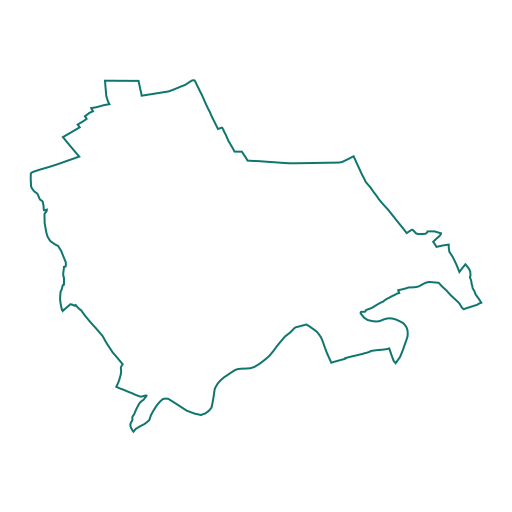 outline of Lunca Muresului, Alba, Romania
{"feature_id": "2599482B93074518356645", "entity_name": "Lunca Muresului", "entity_type": "district", "adm_level": 2, "iso_a3": "ROU", "parent_name": "Romania", "parent_adm1": "Alba", "projection": "orthographic", "projection_center": [23.92, 46.432], "detail": "fine", "context": "isolated", "style": "outline", "palette": "teal", "viewbox_px": 512, "rotation_deg": 0, "n_neighbors": 0, "source": "geoboundaries", "source_scale": "gbopen_adm2", "svg_char_len": 5961}
<svg xmlns="http://www.w3.org/2000/svg" viewBox="0 0 512 512"><path d="M133.4,431.7L135.8,428.9L140.0,426.3L144.2,424.2L147.3,421.9L149.4,419.9L151.0,415.0L153.6,410.4L156.6,405.6L159.5,402.1L162.6,399.2L164.8,398.6L168.2,398.8L171.6,400.9L179.1,405.7L186.8,410.7L194.6,413.6L200.9,415.0L205.4,413.4L209.0,410.7L211.5,407.6L212.6,402.5L213.7,396.0L214.7,389.2L215.7,386.9L218.1,383.0L220.7,380.2L224.2,377.2L227.0,375.4L230.7,372.8L235.5,369.8L238.3,369.0L242.8,368.6L245.5,368.6L250.6,368.2L254.4,366.9L259.1,364.1L262.9,361.3L267.0,358.0L269.6,355.6L273.3,351.1L275.7,347.8L279.3,343.2L285.0,336.5L289.8,332.8L294.9,327.7L296.2,327.2L306.3,324.5L310.0,326.7L311.0,327.5L313.9,329.5L316.9,331.8L319.0,334.4L321.0,337.3L322.6,341.1L324.7,347.1L326.8,352.7L329.1,357.9L331.3,362.7L333.2,362.1L345.3,358.7L345.3,358.1L351.1,356.6L363.4,353.7L364.1,353.3L365.8,353.0L368.8,352.1L370.5,351.4L370.7,351.1L371.2,350.9L376.5,350.2L383.2,349.6L387.6,349.0L389.2,348.4L389.6,349.4L391.2,354.2L393.6,360.8L395.6,363.2L400.1,356.9L403.1,349.5L404.7,344.7L406.3,340.3L407.6,336.1L407.7,333.3L407.5,330.3L406.5,327.3L404.8,324.9L403.2,323.1L399.8,321.3L396.2,319.6L392.2,318.5L388.9,318.3L386.2,318.7L383.0,319.7L379.7,321.1L376.8,321.5L372.7,321.2L367.6,320.0L364.1,317.7L360.6,313.4L360.7,312.9L360.8,312.1L361.2,311.9L362.1,311.8L364.7,311.8L365.5,311.2L365.7,310.5L366.3,309.9L370.9,308.3L372.8,307.4L374.9,306.0L377.4,304.5L380.5,302.7L381.9,302.1L383.2,301.5L384.9,300.1L387.2,298.7L389.8,297.4L391.0,296.7L393.0,295.6L394.0,295.4L395.3,294.6L396.8,293.7L399.2,293.0L398.2,290.2L403.7,289.0L409.0,287.4L412.5,287.4L416.4,287.0L419.0,286.3L421.3,285.0L425.3,282.9L428.8,281.9L438.7,282.8L442.2,286.6L446.5,290.5L450.3,294.8L457.8,301.8L459.5,303.6L461.5,307.0L462.6,308.4L463.8,309.2L466.7,308.1L477.2,304.8L478.4,303.9L481.3,302.7L480.2,301.0L478.3,298.1L475.6,294.5L475.1,293.1L474.4,291.2L472.6,288.1L472.2,285.5L471.5,283.6L471.4,281.6L470.8,279.6L469.9,277.1L470.5,275.7L470.4,274.2L470.2,271.4L468.8,268.5L465.4,264.3L461.6,269.0L459.4,272.0L456.7,265.3L454.9,261.3L452.4,256.4L449.4,251.9L448.8,248.2L448.7,244.6L445.8,245.0L443.3,245.4L441.8,245.7L439.0,246.3L436.5,246.9L435.3,244.9L433.2,241.8L434.7,240.3L435.6,239.5L436.9,238.2L438.4,237.0L439.7,235.8L440.7,234.4L441.0,233.3L438.2,232.5L435.7,231.7L433.9,231.3L432.8,231.4L430.9,231.3L429.2,231.4L427.5,231.5L427.2,232.2L426.5,233.1L425.4,233.8L424.0,233.9L422.0,234.0L419.0,234.1L416.4,233.6L415.7,233.0L414.6,231.8L412.9,230.1L412.3,229.8L411.5,230.0L410.6,230.5L409.8,231.0L408.2,232.1L406.7,233.1L403.1,228.4L400.3,225.0L394.3,217.5L391.2,213.6L387.9,209.5L384.3,205.6L381.7,202.6L378.8,199.2L377.3,196.9L375.8,194.8L373.9,192.4L372.0,189.7L370.5,187.5L368.0,184.6L366.7,183.1L365.5,181.5L364.4,179.1L363.1,176.6L362.0,174.6L353.6,156.3L350.9,157.6L348.6,158.9L344.6,160.8L342.1,162.0L340.1,162.4L337.8,162.6L330.8,162.7L324.4,162.8L318.2,162.9L313.2,163.0L306.8,163.1L300.9,163.2L291.2,163.3L287.9,163.2L281.4,162.8L273.7,162.2L267.3,161.8L262.3,161.4L258.1,161.1L254.0,161.0L247.5,160.6L247.1,159.8L245.6,157.3L244.0,155.0L242.5,152.7L241.9,151.7L234.5,151.6L233.0,148.7L231.2,145.6L229.8,143.1L228.9,141.9L228.2,140.2L226.8,137.2L225.9,134.9L225.0,133.4L224.1,131.6L223.2,129.6L222.2,127.8L221.9,127.6L220.2,128.2L218.0,129.0L217.0,127.0L215.4,123.8L214.1,121.2L212.4,117.8L211.2,115.2L209.9,112.1L209.1,110.6L208.0,108.5L206.2,104.7L205.3,102.7L204.3,100.5L204.0,99.7L203.6,98.8L202.9,97.2L201.9,95.0L199.4,90.1L198.3,87.7L197.0,85.3L195.9,82.8L195.2,81.4L194.4,80.3L192.4,80.3L191.2,81.0L189.8,81.8L187.1,83.6L185.5,84.7L183.9,85.4L180.9,86.5L178.9,87.4L176.2,88.5L173.0,89.8L168.7,91.4L150.0,94.4L146.6,94.9L141.7,95.7L141.2,92.9L140.0,87.9L139.4,84.8L138.5,80.9L105.0,80.7L105.2,83.1L105.3,84.8L105.5,87.3L105.8,90.3L106.1,94.4L106.4,96.3L107.1,98.7L108.0,101.4L109.4,104.2L107.0,104.6L103.6,105.2L99.9,106.3L96.0,107.3L91.2,108.1L93.0,111.3L89.3,112.9L88.1,113.9L84.9,116.3L86.4,118.2L86.6,118.9L83.3,121.2L80.1,123.1L77.7,124.6L79.7,127.3L70.9,132.5L62.9,137.1L69.4,145.0L79.2,156.6L71.8,159.2L67.8,160.6L61.4,162.9L56.2,164.7L48.3,167.2L40.6,169.4L33.5,171.7L32.0,172.4L30.8,173.5L30.7,178.7L31.0,184.8L31.0,186.0L31.3,187.0L31.8,188.1L32.9,189.7L33.8,190.9L34.7,191.8L36.0,192.6L37.1,193.5L37.6,194.1L38.2,195.3L39.0,197.5L39.7,199.0L40.3,199.8L40.9,200.1L41.9,200.8L42.6,201.5L42.9,202.8L43.1,204.0L43.5,205.3L43.7,209.2L43.9,210.1L44.4,210.4L45.6,210.0L46.8,209.6L46.8,210.4L46.4,211.5L45.5,212.6L44.7,213.7L44.5,214.3L44.5,216.1L44.6,220.1L44.6,222.9L45.8,229.6L46.4,232.7L47.0,235.1L47.8,237.1L48.9,238.9L49.6,240.1L50.7,241.4L52.3,242.5L53.7,243.5L55.1,244.4L56.3,245.1L58.1,245.9L58.6,246.7L60.0,249.1L61.2,250.9L62.5,254.3L63.5,256.7L64.8,259.9L65.7,262.0L65.9,264.3L65.6,266.5L64.0,266.9L64.0,267.6L63.6,270.3L63.3,273.0L63.2,274.3L63.3,276.0L63.8,277.1L64.0,279.0L64.0,281.7L64.0,283.3L63.8,284.9L62.9,285.1L62.5,286.1L62.1,288.1L61.8,289.0L61.3,290.3L60.6,291.6L60.5,293.0L60.3,294.8L60.1,298.2L60.2,300.4L60.3,301.5L60.9,305.1L61.1,306.3L62.0,310.0L62.8,309.9L62.9,310.8L65.4,308.6L68.3,306.1L70.4,304.2L70.9,304.3L71.8,304.7L72.4,304.6L73.4,305.3L74.1,305.2L75.0,305.8L75.7,305.1L77.5,307.2L80.0,309.6L80.6,309.7L81.7,311.1L84.1,314.5L87.7,318.9L88.8,320.3L91.0,322.8L93.2,325.3L95.1,327.3L97.5,330.1L99.3,332.2L101.3,334.5L102.3,335.6L103.5,337.6L105.0,340.4L107.0,343.8L111.9,351.2L112.4,352.1L114.1,354.1L115.8,356.0L122.7,364.3L121.4,366.1L120.9,367.8L120.9,369.3L121.1,370.4L121.1,372.2L120.7,374.8L119.0,380.7L117.5,384.3L116.3,386.8L119.6,388.3L123.4,389.7L125.7,390.7L128.1,391.7L132.2,393.3L135.4,394.8L139.6,396.4L141.1,396.7L143.3,396.1L145.5,395.5L146.2,395.5L146.5,395.6L146.4,396.0L145.6,397.2L144.7,398.0L143.8,399.6L141.8,401.0L140.3,402.2L138.8,404.3L136.3,409.1L135.5,411.0L134.8,412.5L134.3,414.1L133.1,415.6L132.3,417.2L132.5,419.0L132.0,420.9L131.0,422.4L130.3,424.6L130.7,427.0L132.4,430.3L133.4,431.7Z" fill="none" stroke="#0f766e" stroke-width="2"/></svg>